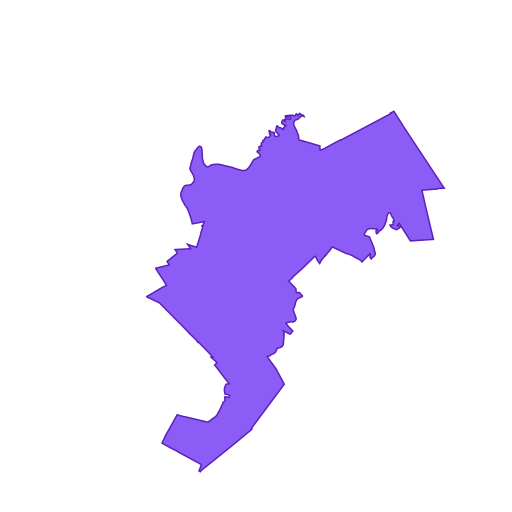 the district of Schitu, Giurgiu, Romania, rotated 44°
{"feature_id": "2599482B69197751187645", "entity_name": "Schitu", "entity_type": "district", "adm_level": 2, "iso_a3": "ROU", "parent_name": "Romania", "parent_adm1": "Giurgiu", "projection": "natural_earth1", "projection_center": [25.835, 44.132], "detail": "fine", "context": "isolated", "style": "filled", "palette": "violet", "viewbox_px": 512, "rotation_deg": 44, "n_neighbors": 0, "source": "geoboundaries", "source_scale": "gbopen_adm2", "svg_char_len": 6110}
<svg xmlns="http://www.w3.org/2000/svg" viewBox="0 0 512 512"><g transform="rotate(44 256 256)"><path d="M365.8,449.9L365.6,448.1L370.6,408.6L373.3,384.5L373.2,383.2L372.6,383.2L372.0,380.0L365.4,328.6L348.6,323.2L336.5,321.1L333.8,320.4L335.3,318.3L335.4,316.3L335.8,315.4L336.4,314.3L336.6,313.7L336.8,311.8L336.7,311.1L335.7,308.4L335.7,307.6L336.2,306.1L336.7,305.5L337.1,304.8L337.7,303.0L337.3,301.1L336.1,299.4L330.4,292.5L327.7,290.9L328.8,290.4L332.4,289.4L334.7,288.6L334.9,288.2L334.9,287.6L334.6,284.4L327.5,284.1L324.3,283.5L324.5,282.9L324.4,282.5L325.7,280.7L326.6,279.2L328.3,278.0L328.8,277.0L329.2,275.7L328.8,273.6L328.1,273.0L327.2,272.4L320.9,269.4L320.4,269.0L319.7,268.0L318.5,264.9L316.4,261.3L315.6,258.9L315.8,257.1L316.4,255.6L317.4,253.7L317.4,253.0L317.2,252.5L312.9,252.1L311.6,253.0L310.6,254.1L309.4,253.6L308.5,253.0L307.8,252.0L307.4,251.8L297.1,251.3L297.3,246.1L297.1,245.6L297.6,236.9L297.7,235.5L297.9,235.0L298.6,215.2L299.0,215.0L300.1,215.2L301.8,216.0L303.5,216.6L307.0,217.2L306.4,214.8L306.1,214.6L306.0,213.8L305.7,209.7L305.4,207.4L305.8,207.4L305.4,204.6L305.2,200.6L305.0,198.9L304.5,196.5L319.1,191.6L320.9,190.5L325.1,188.8L328.4,188.1L332.8,186.7L334.6,186.5L336.4,186.6L336.4,175.2L337.3,175.5L338.1,176.9L338.6,177.6L339.3,177.7L340.1,178.0L341.0,178.0L340.7,176.6L341.1,174.7L341.1,173.6L340.5,171.8L339.1,170.7L338.0,170.1L335.2,168.2L330.8,166.2L326.4,164.4L324.8,163.5L324.1,163.5L321.2,165.0L320.0,165.4L319.3,165.4L318.9,165.2L318.6,164.7L317.9,161.9L317.7,160.0L317.8,159.3L318.2,158.4L319.5,156.5L320.9,155.3L324.5,152.5L325.4,153.1L324.8,154.5L325.8,155.3L327.2,156.2L327.4,155.9L327.8,155.0L327.3,152.7L327.8,150.9L328.0,148.5L327.5,145.9L327.1,144.4L325.3,140.3L324.2,138.4L323.2,137.4L322.6,136.4L321.7,134.3L321.5,132.9L322.2,132.1L322.8,131.7L326.4,133.2L328.0,133.3L328.5,133.5L331.2,135.2L330.7,136.1L333.0,138.2L330.9,140.7L332.4,141.1L334.0,141.2L335.2,140.9L338.6,139.6L339.0,139.0L339.6,136.5L339.7,134.5L337.7,135.3L336.4,136.0L336.4,133.0L356.6,137.9L372.1,120.8L340.2,100.4L338.5,99.2L329.7,93.5L334.9,87.3L335.0,87.4L337.3,84.7L339.6,82.4L340.2,80.8L344.3,76.5L273.9,60.8L254.7,56.1L253.4,59.8L254.1,59.8L236.5,113.7L236.2,113.7L234.3,119.1L230.6,131.0L229.7,133.3L228.9,134.7L228.3,135.2L225.5,132.4L208.6,141.3L206.4,142.6L204.7,141.5L203.4,140.3L202.4,139.6L199.6,138.5L197.9,137.5L194.1,136.3L191.9,135.2L191.1,134.6L190.7,134.1L189.9,132.6L189.8,132.1L189.8,131.3L191.3,127.8L191.3,125.0L191.7,123.3L192.1,122.8L193.6,122.3L192.6,121.9L191.8,122.1L190.9,122.7L188.6,123.0L188.2,123.2L188.7,125.3L188.6,125.7L186.7,125.5L186.2,125.7L186.6,127.8L186.3,128.6L185.4,129.1L184.4,129.3L179.8,134.6L180.0,135.2L180.3,135.5L180.7,135.6L181.2,135.4L183.0,133.3L183.7,132.2L183.9,132.2L184.4,132.4L185.5,133.3L185.7,133.8L185.6,134.1L183.9,134.9L183.0,136.0L182.0,136.8L181.7,137.1L181.7,137.4L181.8,137.8L182.6,138.4L183.6,138.7L183.7,139.0L183.4,139.1L181.2,139.1L180.8,139.5L180.8,139.9L180.9,140.6L181.8,142.1L182.6,142.7L184.8,142.1L185.2,142.3L185.6,142.2L185.9,142.0L186.4,141.3L186.7,141.3L187.0,141.7L187.2,142.4L186.8,143.5L186.7,144.4L187.2,145.2L187.8,145.7L187.0,146.3L184.8,146.6L183.2,147.7L181.1,147.6L180.7,147.8L180.7,148.1L181.2,149.2L182.5,150.9L182.6,151.8L183.2,152.3L185.0,152.8L186.2,152.8L187.1,153.0L188.0,152.8L188.3,152.8L188.6,153.6L188.6,154.1L188.1,155.2L187.8,155.8L186.8,156.5L185.6,156.6L184.7,155.8L183.7,154.6L183.3,154.5L182.7,154.8L181.6,155.9L180.7,156.5L179.3,156.1L178.8,156.2L178.5,156.5L178.5,157.1L178.8,157.3L180.1,157.9L180.9,158.8L181.2,158.9L182.4,158.7L182.6,159.1L182.8,161.2L182.6,162.1L181.8,162.9L181.0,163.4L180.4,163.4L180.3,163.5L180.7,164.6L180.8,165.7L181.4,166.6L181.2,167.1L180.8,167.6L180.7,168.2L181.7,168.8L181.8,169.1L181.3,170.6L181.4,170.8L182.2,172.1L182.7,172.5L183.5,172.8L183.9,173.2L182.4,174.6L182.3,175.4L182.6,176.1L183.0,176.4L185.0,176.5L185.3,176.9L185.3,177.3L184.9,178.0L184.0,178.7L183.9,179.0L184.2,180.1L184.4,180.3L186.0,180.1L186.8,180.1L188.7,180.4L189.4,181.0L189.6,181.5L189.8,182.2L189.7,182.8L189.0,183.5L188.9,184.5L188.2,186.5L187.9,186.7L187.6,187.8L187.6,189.3L187.9,190.2L189.2,196.0L189.4,197.9L189.3,200.8L188.3,202.5L187.2,203.6L185.5,204.8L180.9,207.2L177.4,208.8L166.2,215.4L164.2,217.0L161.7,219.8L160.6,221.7L160.0,223.5L159.9,224.5L159.4,225.4L158.7,225.9L157.6,226.0L155.0,225.9L154.0,225.6L150.8,223.8L149.2,222.7L148.3,221.7L142.6,216.5L141.2,215.7L140.5,215.6L139.6,216.0L139.0,216.3L138.8,217.3L138.7,219.0L139.1,220.6L139.1,223.0L139.8,225.1L142.9,230.0L144.7,234.0L146.0,235.9L147.4,238.7L148.3,239.5L149.1,239.8L154.0,241.1L155.6,241.8L158.0,243.4L159.0,244.3L159.4,245.0L159.8,247.9L159.7,249.4L159.0,251.0L156.4,254.0L155.9,255.3L156.1,257.3L157.0,259.8L158.2,262.7L159.2,264.1L160.8,265.4L164.0,267.0L169.2,268.7L172.7,269.3L174.8,270.0L183.0,274.0L187.8,277.1L188.8,275.9L194.9,267.2L196.4,270.4L196.5,271.2L196.1,271.9L196.7,272.1L197.2,272.0L197.5,272.2L199.1,275.4L202.5,281.5L206.7,289.9L207.2,290.9L200.4,294.4L198.7,295.1L203.9,296.2L193.3,307.6L196.8,308.3L197.4,308.6L195.8,321.7L199.7,322.6L199.2,323.6L193.8,332.2L192.9,333.5L192.4,334.5L192.9,334.8L207.6,338.1L208.6,338.5L212.0,339.3L210.2,344.5L208.2,351.6L207.6,354.1L205.6,360.7L205.5,361.0L206.3,361.2L219.1,356.8L252.2,357.5L258.4,357.7L262.2,358.0L270.5,357.9L272.5,358.1L273.2,358.4L273.6,358.3L274.4,358.4L274.5,357.9L285.9,358.2L295.4,358.7L295.3,359.2L294.0,359.4L293.8,360.1L298.0,359.9L299.6,359.7L302.1,360.1L302.0,363.2L305.1,363.5L319.0,365.7L324.5,366.3L325.4,366.6L323.6,368.9L323.6,369.4L324.8,372.4L325.5,373.4L327.0,375.0L329.4,376.7L329.7,376.8L331.6,375.5L333.9,374.5L334.8,376.7L332.2,378.1L331.4,378.6L332.0,379.9L332.3,380.2L332.8,380.6L333.4,380.5L333.7,380.7L334.3,382.3L334.2,383.2L333.9,384.1L334.4,384.8L336.9,392.0L337.4,393.9L337.4,394.7L337.8,395.3L338.2,396.5L338.5,399.8L337.7,403.3L336.9,408.8L336.4,409.0L335.7,409.7L319.3,419.3L314.6,422.3L309.6,425.0L315.7,448.2L318.4,455.9L327.8,453.4L333.5,451.6L337.8,450.6L361.5,444.0L361.9,444.6L364.3,450.2L365.8,449.9Z" fill="#8b5cf6" stroke="#5b21b6" stroke-width="1.5"/></g></svg>